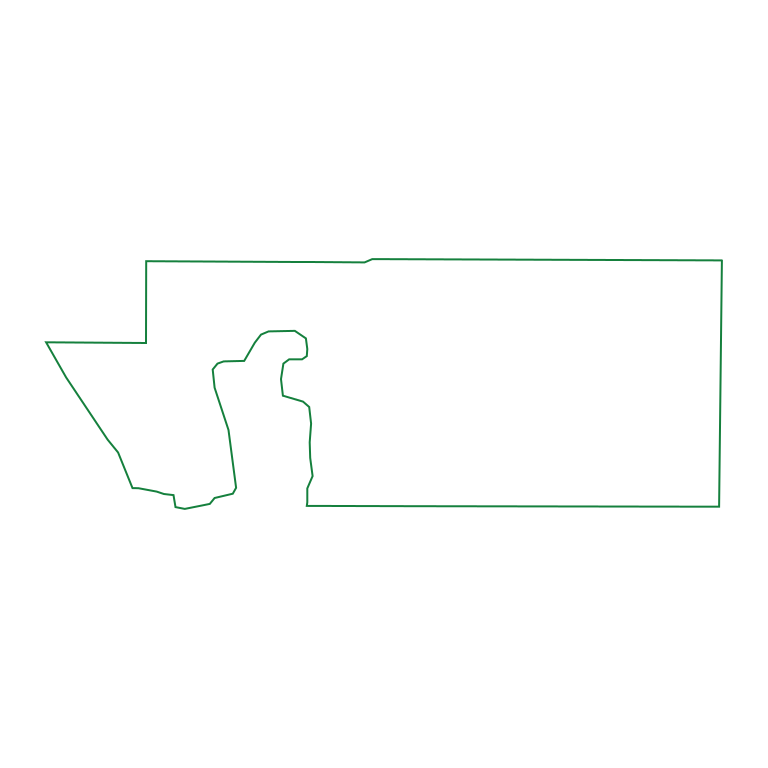 Charlotte, Florida, United States of America
{"feature_id": "52423323B39160011861592", "entity_name": "Charlotte", "entity_type": "district", "adm_level": 2, "iso_a3": "USA", "parent_name": "United States of America", "parent_adm1": "Florida", "projection": "mercator", "projection_center": [-82.101, 26.901], "detail": "fine", "context": "isolated", "style": "outline", "palette": "green", "viewbox_px": 768, "rotation_deg": 0, "n_neighbors": 0, "source": "geoboundaries", "source_scale": "gbopen_adm2", "svg_char_len": 809}
<svg xmlns="http://www.w3.org/2000/svg" viewBox="0 0 768 768"><path d="M310.6,262.0L296.9,262.0L146.2,261.2L146.0,343.0L46.1,342.3L66.1,377.4L107.6,439.6L118.1,452.5L132.5,488.1L138.4,488.2L156.7,491.6L163.9,494.0L173.5,495.1L175.5,507.1L184.8,508.9L201.9,505.5L209.8,503.9L214.6,498.0L232.8,493.7L236.1,487.8L228.5,430.0L214.6,387.7L212.7,369.5L217.5,363.6L223.7,361.4L244.2,360.9L254.8,342.7L261.0,334.6L268.6,331.4L292.9,330.9L294.9,330.9L305.9,338.4L307.1,347.5L307.3,349.1L306.8,356.1L302.1,359.3L289.2,359.3L283.4,363.6L281.0,379.1L282.9,395.7L303.0,401.6L309.2,407.0L311.1,423.6L309.7,442.3L310.2,457.9L312.6,476.1L307.3,488.4L307.3,502.3L306.8,505.9L415.4,506.2L415.6,506.2L719.1,506.7L721.9,260.5L721.8,260.4L372.3,259.1L364.6,262.4L310.6,262.0Z" fill="none" stroke="#15803d" stroke-width="2"/></svg>